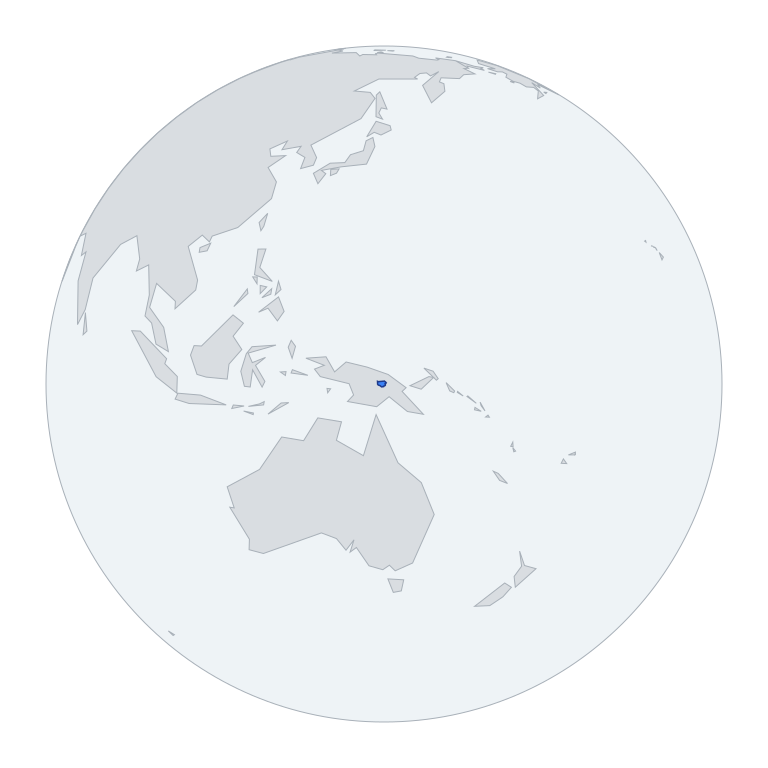 Enga on an orthographic globe
{"feature_id": "PNG-1238", "entity_name": "Enga", "entity_type": "Province", "adm_level": 1, "iso_a3": "PNG", "parent_name": "Papua New Guinea", "parent_adm1": "", "projection": "orthographic", "projection_center": [143.878, -5.472], "detail": "fine", "context": "on_globe", "style": "filled", "palette": "blue", "viewbox_px": 768, "rotation_deg": 0, "n_neighbors": 0, "source": "natural_earth", "source_scale": "10m", "svg_char_len": 6608}
<svg xmlns="http://www.w3.org/2000/svg" viewBox="0 0 768 768"><circle cx="384" cy="384" r="338" fill="#eef3f6" stroke="#a8b0b8"/><path d="M575.4,452.1L575.4,454.6L574.9,454.9L575.4,452.1ZM558.9,94.9L537.5,84.5L540.3,88.1L531.7,82.6L543.7,95.5L537.6,98.8L538.3,91.0L533.7,87.4L526.4,86.9L520.0,83.2L512.9,81.2L505.9,77.2L506.9,74.2L502.4,71.9L497.5,71.8L487.5,68.6L495.3,68.8L478.6,63.6L477.1,60.0L497.0,65.6L528.7,78.6L558.9,94.9ZM662.0,259.9L659.2,252.5L663.4,257.1L662.0,259.9ZM655.8,248.1L657.2,250.6L655.7,248.5L655.8,248.1ZM653.7,246.7L655.2,247.7L653.7,247.3L653.7,246.7ZM651.0,245.8L652.3,246.0L652.3,246.3L651.0,245.8ZM646.0,242.2L644.6,241.1L645.6,240.5L646.0,242.2ZM543.7,92.1L546.8,92.4L545.9,93.6L543.7,92.1ZM513.1,81.7L514.3,83.0L510.1,81.5L513.1,81.7ZM495.5,74.3L488.4,72.1L495.8,73.7L495.5,74.3ZM484.4,70.4L467.2,66.1L468.3,68.2L455.5,60.7L474.4,66.3L483.3,67.7L480.9,68.4L484.4,70.4ZM451.2,57.8L447.2,56.7L451.6,57.3L451.2,57.8ZM262.6,68.6L262.0,68.9L265.2,67.7L266.5,67.2L287.6,60.1L286.4,60.5L281.5,62.0L267.0,67.2L254.5,72.1L264.7,68.2L282.5,61.7L290.7,59.2L283.1,61.7L286.5,60.6L289.8,59.7L290.2,59.9L299.0,57.2L338.2,50.0L343.0,51.0L331.9,53.1L356.2,52.6L359.8,56.0L362.8,54.5L376.5,54.8L375.6,53.6L378.1,53.1L412.9,56.0L418.8,58.2L437.2,60.1L438.8,59.6L435.5,57.9L455.5,60.7L468.3,68.2L464.0,68.6L474.9,73.9L463.7,74.7L459.5,78.6L441.1,77.8L439.4,81.9L443.9,83.7L444.9,91.3L431.5,102.8L422.6,85.4L438.8,71.6L430.5,75.9L426.5,72.9L419.9,73.5L414.5,77.4L417.6,79.0L378.9,79.0L354.3,91.0L370.3,92.4L375.0,98.4L361.0,118.6L310.9,145.1L316.6,157.6L313.4,165.2L300.6,168.6L304.9,157.4L296.7,152.5L301.1,146.3L282.0,149.7L287.4,141.0L269.9,148.9L270.8,156.3L285.6,155.6L268.1,167.5L276.4,181.9L271.5,198.6L237.8,227.5L212.2,236.1L209.4,241.9L202.3,235.1L188.2,246.4L197.6,280.1L195.7,290.0L175.0,308.8L175.4,301.3L156.6,283.4L149.6,307.4L163.7,327.4L168.4,351.6L156.0,344.1L151.6,323.0L145.0,316.0L149.3,295.0L148.7,264.9L136.4,271.0L139.7,259.0L136.9,235.7L120.6,244.4L93.0,278.0L85.2,309.6L77.5,324.6L78.1,280.9L86.0,251.9L81.4,255.5L86.0,233.3L80.2,236.1L83.0,230.5L95.0,208.9L108.6,188.2L123.6,168.6L140.1,150.2L157.8,132.9L176.8,117.1L196.8,102.6L217.9,89.7L239.9,78.4L262.6,68.6ZM79.8,236.8L76.3,244.4L73.0,253.2L62.1,281.2L70.2,258.7L79.8,236.8ZM168.3,630.9L174.4,634.7L173.1,635.5L168.3,630.9ZM243.6,411.0L253.4,413.0L253.2,414.6L243.6,411.0ZM233.3,405.0L244.1,406.0L231.8,408.5L233.3,405.0ZM248.4,406.4L259.5,403.9L264.2,401.6L263.6,404.9L248.4,406.4ZM226.2,404.9L189.1,403.5L175.1,399.1L177.9,393.2L200.5,395.1L226.2,404.9ZM176.8,393.1L156.1,376.7L131.7,330.7L140.3,331.1L166.6,358.7L164.8,363.7L177.3,376.5L176.8,393.1ZM229.0,364.1L227.2,379.1L206.2,377.1L197.0,374.4L190.5,355.1L194.1,345.6L201.5,346.0L233.0,314.9L243.4,323.2L233.1,336.2L241.8,349.5L229.0,364.1ZM85.4,312.6L86.9,331.1L83.1,334.7L85.4,312.6ZM247.9,293.5L233.8,306.6L247.3,288.9L247.9,293.5ZM257.2,277.0L257.0,283.8L252.7,276.9L257.2,277.0ZM207.1,250.8L199.2,252.3L200.0,247.6L210.7,243.2L207.1,250.8ZM267.7,213.3L263.8,226.3L260.9,230.7L259.1,222.5L267.7,213.3ZM334.5,50.3L342.4,49.0L342.8,49.2L341.1,49.5L334.5,50.3ZM336.5,49.7L338.9,49.1L345.8,48.3L342.6,48.8L336.5,49.7ZM504.7,583.0L511.4,587.3L502.9,596.8L489.8,605.6L474.6,606.3L504.7,583.0ZM393.3,592.4L387.9,578.9L403.7,579.8L401.3,590.9L393.3,592.4ZM514.1,576.5L521.6,566.2L519.6,551.1L524.5,565.5L536.0,568.7L515.3,587.2L514.1,576.5ZM321.4,532.9L263.4,553.5L249.1,549.7L249.4,539.2L229.8,507.2L234.2,507.9L227.2,486.8L259.6,469.4L281.7,437.0L303.6,440.7L317.8,417.9L341.5,421.8L336.4,440.3L363.4,455.7L376.1,414.6L398.0,462.8L421.3,482.6L434.2,514.5L412.6,563.0L395.2,570.8L389.4,565.2L382.8,569.7L369.0,565.8L356.4,547.5L350.1,552.1L354.0,539.8L346.0,550.2L336.5,538.6L321.4,532.9ZM493.3,471.2L498.2,473.4L507.5,483.5L499.6,480.4L493.3,471.2ZM563.4,458.9L566.7,463.6L561.2,463.3L563.4,458.9ZM574.9,454.9L568.4,454.9L575.4,452.1L574.9,454.9ZM512.8,447.7L515.6,451.1L513.8,451.8L512.8,447.7ZM510.7,446.3L512.8,442.1L513.1,446.8L510.7,446.3ZM485.6,417.0L488.0,415.1L489.4,417.2L485.6,417.0ZM268.0,414.1L281.1,403.0L288.8,402.6L268.0,414.1ZM481.2,411.3L474.5,409.8L475.0,407.4L481.2,411.3ZM481.1,405.7L480.1,402.1L485.0,410.9L481.1,405.7ZM467.8,395.9L476.3,403.3L467.0,396.5L467.8,395.9ZM463.2,396.0L457.3,392.4L457.6,391.4L463.2,396.0ZM402.1,391.4L423.4,414.3L407.4,411.5L389.1,396.7L376.7,406.7L347.5,401.5L353.6,395.0L349.1,383.7L320.3,376.6L314.5,369.1L324.3,365.3L305.9,358.2L326.0,356.8L334.6,371.9L346.1,362.0L367.1,367.1L388.2,374.5L406.1,387.7L402.1,391.4ZM327.0,388.4L330.6,388.8L327.7,392.8L327.0,388.4ZM446.1,382.6L454.6,391.0L453.8,392.7L449.7,390.9L446.1,382.6ZM410.0,385.7L428.9,376.6L433.6,377.5L421.2,389.2L410.0,385.7ZM423.9,368.1L433.1,371.2L438.2,378.7L436.4,380.2L423.9,368.1ZM286.0,371.6L285.4,375.5L280.4,372.0L286.0,371.6ZM292.4,369.7L307.9,375.3L291.1,373.0L292.4,369.7ZM248.2,353.1L252.3,362.6L265.5,357.4L255.5,365.4L264.9,381.4L262.1,387.1L252.6,369.8L250.2,387.0L244.4,386.3L240.8,371.3L246.3,353.7L252.0,346.7L276.0,345.1L248.2,353.1ZM292.1,358.3L288.2,347.2L291.2,340.3L295.5,346.3L292.1,358.3ZM277.4,320.9L268.0,308.2L258.6,312.2L278.5,296.9L284.1,311.4L277.4,320.9ZM270.8,294.2L261.9,297.7L271.7,288.7L270.8,294.2ZM260.2,293.6L260.2,285.4L266.7,286.9L260.2,293.6ZM275.3,294.8L278.5,281.2L281.0,289.5L275.3,294.8ZM259.8,267.5L272.3,281.4L254.5,274.7L258.0,249.1L265.9,249.0L259.8,267.5ZM330.4,175.6L330.8,169.4L339.1,168.9L336.5,173.2L330.4,175.6ZM366.5,164.1L341.5,166.8L321.4,170.4L325.8,173.7L317.9,183.7L313.4,173.3L330.2,163.2L344.8,162.6L350.5,154.7L363.4,150.7L366.1,140.8L372.9,137.5L374.9,146.5L366.5,164.1ZM366.7,136.8L376.1,121.3L390.1,125.7L391.2,130.0L381.0,135.0L374.2,132.3L366.7,136.8ZM382.5,119.1L376.0,116.7L376.3,95.1L379.8,91.8L387.0,109.1L381.3,107.9L378.8,113.0L382.5,119.1ZM446.5,57.2L447.2,56.7L449.4,57.7L446.5,57.2ZM377.2,52.5L381.0,51.9L383.5,52.6L377.2,52.5ZM392.9,51.1L387.4,50.6L394.4,50.7L392.9,51.1ZM374.9,49.9L385.8,50.2L373.7,50.5L374.9,49.9Z" fill="#d9dde1" stroke="#a8b0b8" stroke-width="1"/><path d="M384.5,381.1L384.6,381.3L385.0,381.7L385.2,381.8L385.3,381.9L385.5,381.9L385.6,382.0L385.7,382.3L385.8,382.4L385.8,382.5L386.0,382.6L386.2,382.8L386.0,383.0L385.9,383.3L385.7,383.4L385.1,383.7L385.0,383.8L385.4,384.6L385.4,384.8L385.3,385.2L385.3,385.3L385.2,385.4L385.0,385.6L384.6,385.8L383.8,386.1L383.4,386.3L383.5,386.6L383.2,386.7L382.7,386.7L382.2,386.8L381.9,386.9L381.7,386.9L381.4,386.7L380.9,386.4L380.3,385.8L379.9,385.6L378.2,385.0L377.6,384.2L377.5,381.3L378.3,381.6L378.9,381.7L379.2,381.6L379.9,381.5L384.5,381.1Z" fill="#3b82f6" stroke="#1e3a8a" stroke-width="1.5"/></svg>